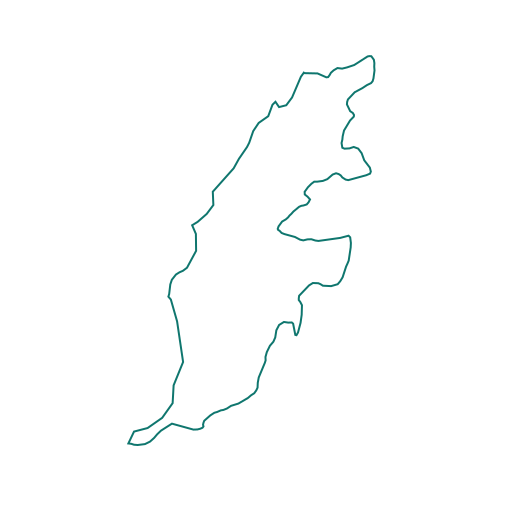 SVG path tracing the border of Lima Province, rotated 45°
{"feature_id": "PER-587", "entity_name": "Lima Province", "entity_type": "Captial District", "adm_level": 1, "iso_a3": "PER", "parent_name": "Peru", "parent_adm1": "", "projection": "equal_earth", "projection_center": [-76.899, -12.031], "detail": "fine", "context": "isolated", "style": "outline", "palette": "teal", "viewbox_px": 512, "rotation_deg": 45, "n_neighbors": 0, "source": "natural_earth", "source_scale": "10m", "svg_char_len": 2530}
<svg xmlns="http://www.w3.org/2000/svg" viewBox="0 0 512 512"><g transform="rotate(45 256 256)"><path d="M298.3,478.8L293.9,466.4L301.0,454.3L304.1,436.8L301.1,419.0L289.2,405.7L279.4,382.5L246.4,358.0L226.6,347.0L222.8,346.7L221.5,344.3L215.5,336.7L213.3,332.3L212.5,325.7L213.4,321.7L214.8,318.1L215.5,313.1L210.0,294.7L197.9,282.9L189.1,279.4L190.6,273.1L191.4,261.1L189.8,250.1L180.0,241.1L178.2,209.8L175.2,199.3L172.6,185.3L171.1,180.7L165.7,169.6L163.8,160.0L165.8,148.5L160.7,137.4L160.7,133.2L167.0,134.4L170.8,128.0L169.4,118.4L161.0,97.5L160.2,92.6L160.3,92.6L161.0,92.4L170.4,83.4L179.4,79.9L180.5,78.5L180.1,75.9L179.4,73.5L179.6,69.8L180.7,65.5L184.4,62.6L187.0,58.3L190.4,51.5L193.8,36.0L194.8,34.5L196.3,33.2L200.6,33.9L203.3,35.9L205.8,38.6L208.6,41.0L213.5,47.4L214.9,50.0L215.1,52.4L213.6,56.7L212.5,62.1L210.0,70.4L210.3,80.3L211.5,82.6L213.1,84.5L220.2,87.0L223.3,86.4L225.6,87.0L226.6,88.3L226.7,93.7L229.5,105.0L232.6,110.0L234.8,112.7L236.6,115.6L240.5,118.4L242.7,117.5L246.0,113.8L248.0,109.8L252.3,107.8L258.0,108.6L264.9,111.8L274.0,113.0L277.5,115.1L278.4,117.1L276.8,121.0L267.6,137.1L265.3,138.6L261.5,139.4L258.9,139.1L256.5,139.6L254.1,140.9L252.6,144.2L252.1,151.2L250.2,155.6L246.6,160.3L244.6,162.3L244.1,165.7L244.1,170.6L245.0,176.2L247.0,178.0L250.5,177.6L254.2,177.8L255.2,180.9L255.4,183.7L253.8,186.8L252.6,188.4L251.7,190.7L251.0,198.1L251.2,201.2L251.1,203.7L251.4,206.0L251.2,209.0L250.1,213.2L251.0,219.1L252.2,221.5L253.4,221.9L254.7,221.5L257.8,221.6L260.6,220.4L270.1,215.0L275.6,213.3L278.4,211.5L280.6,207.9L283.3,205.0L287.0,203.1L289.5,201.2L302.8,183.6L307.1,176.2L309.4,176.2L313.9,179.7L316.9,183.0L324.8,193.7L326.0,196.6L327.2,199.8L332.3,209.8L333.4,214.3L333.7,218.2L330.4,224.2L324.3,229.7L321.6,230.3L319.3,231.2L315.3,234.9L314.3,239.3L314.6,253.6L316.1,255.6L317.4,256.9L319.8,257.2L323.3,258.3L329.9,265.3L334.8,271.8L339.8,280.4L340.6,283.4L339.6,284.0L330.1,277.6L328.3,277.7L325.9,280.3L322.4,282.9L321.1,288.4L322.9,294.1L327.2,300.0L328.9,304.3L329.3,309.6L331.6,316.3L334.1,320.7L336.6,323.0L337.8,325.3L343.8,339.9L346.9,344.4L350.2,348.0L351.2,350.8L351.8,354.3L351.0,357.9L350.7,362.0L347.9,372.8L344.3,379.6L343.3,384.4L341.8,387.9L340.3,390.0L338.8,393.8L337.4,396.3L336.4,401.0L335.9,409.1L336.7,410.9L337.8,412.7L339.4,413.7L339.6,415.3L338.7,417.6L337.2,420.1L334.5,423.0L315.1,434.0L312.3,446.7L312.2,452.0L312.6,456.7L312.3,462.2L310.5,467.5L306.0,473.3L303.2,475.7L300.6,477.0L298.3,478.8Z" fill="none" stroke="#0f766e" stroke-width="2"/></g></svg>